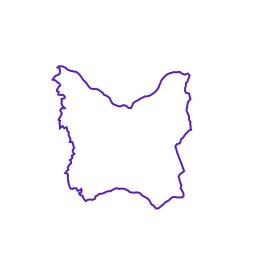 the district of Votuporanga, São Paulo, Brazil, rotated 63°
{"feature_id": "56859067B13648095605240", "entity_name": "Votuporanga", "entity_type": "district", "adm_level": 2, "iso_a3": "BRA", "parent_name": "Brazil", "parent_adm1": "São Paulo", "projection": "mercator", "projection_center": [-50.002, -20.446], "detail": "fine", "context": "isolated", "style": "outline", "palette": "violet", "viewbox_px": 256, "rotation_deg": 63, "n_neighbors": 0, "source": "geoboundaries", "source_scale": "gbopen_adm2", "svg_char_len": 3040}
<svg xmlns="http://www.w3.org/2000/svg" viewBox="0 0 256 256"><g transform="rotate(63 128 128)"><path d="M124.9,58.0L122.9,60.4L121.0,60.4L118.6,59.1L116.1,56.9L114.2,56.0L113.9,54.3L112.5,52.9L111.3,51.4L109.1,49.2L106.6,50.0L106.2,53.3L103.8,55.4L101.5,56.4L100.4,59.5L99.1,61.6L98.3,65.4L98.0,67.8L98.3,70.5L99.3,73.4L100.4,76.1L101.4,77.6L102.9,78.9L104.1,80.6L105.8,82.3L107.0,84.4L108.1,87.1L108.6,89.6L108.9,92.1L109.0,94.0L108.4,96.8L107.5,98.8L107.6,101.3L107.5,104.5L107.9,106.5L107.7,108.7L108.1,112.0L109.4,113.4L111.6,116.2L110.3,118.4L107.4,119.6L105.4,121.8L105.6,123.6L104.9,125.8L103.4,127.4L101.4,129.2L99.4,130.6L97.6,130.9L95.4,130.9L93.1,130.7L91.2,131.6L89.4,132.5L87.8,134.2L85.7,134.5L83.8,135.2L81.3,136.6L79.7,137.5L78.0,140.3L76.9,142.0L75.7,143.4L73.0,144.2L69.5,144.6L67.3,145.1L65.5,146.0L62.6,146.2L60.5,146.6L58.1,147.1L56.4,147.8L54.8,148.4L52.3,151.5L50.7,153.5L48.3,155.5L45.9,156.4L43.9,157.8L42.8,159.4L41.7,161.2L42.0,163.2L43.8,162.0L46.0,162.5L48.7,164.3L48.9,166.9L48.6,168.8L49.4,170.9L50.7,173.2L52.5,171.2L55.2,170.2L57.1,169.0L59.4,169.1L60.0,171.2L61.3,173.4L62.9,174.6L64.3,173.4L66.7,174.9L68.0,173.1L69.0,170.8L71.3,170.0L72.6,171.0L72.0,174.1L74.3,174.9L75.8,176.1L78.1,176.4L81.6,175.4L80.3,178.3L81.7,180.5L84.7,180.3L86.6,182.2L88.1,184.6L89.2,186.2L90.8,185.2L91.8,186.6L93.6,187.0L95.2,187.7L97.3,188.7L96.6,185.4L99.2,184.9L99.5,182.4L101.4,182.8L103.3,183.4L104.9,182.7L107.5,184.2L109.9,184.2L112.2,184.4L114.0,186.2L115.3,184.0L117.5,184.3L119.3,184.8L121.3,184.9L122.6,187.4L124.8,188.0L126.8,187.5L127.3,190.8L129.1,190.9L129.9,192.6L130.2,194.4L131.7,193.8L133.5,194.7L134.4,197.4L136.0,199.8L138.1,200.1L138.5,202.1L139.6,204.4L141.2,202.6L143.2,203.1L145.0,204.2L146.6,204.8L148.9,205.7L151.4,206.2L153.4,206.6L155.7,206.8L157.2,205.1L157.2,203.2L158.4,201.3L160.9,201.5L161.6,199.5L161.2,197.4L163.1,197.9L164.3,199.0L163.9,201.2L166.1,201.1L167.6,199.3L169.3,199.5L171.5,199.5L173.9,198.9L173.7,196.4L174.5,194.2L175.9,192.3L176.1,189.6L174.1,187.8L174.2,186.0L173.7,183.6L174.6,181.1L175.1,179.1L174.9,176.7L175.5,174.0L176.4,172.0L176.2,170.0L176.1,167.1L176.6,165.2L178.1,163.8L179.1,161.2L180.5,158.9L182.1,157.6L183.5,156.5L186.1,155.4L188.2,152.3L188.9,150.6L189.9,148.4L191.6,146.8L194.3,146.2L196.3,144.9L199.0,142.9L201.7,141.9L204.3,141.8L206.6,141.9L208.7,140.3L210.5,140.2L212.6,139.5L213.3,137.3L212.9,134.9L212.2,132.3L211.9,130.5L211.1,128.4L211.1,126.6L211.0,124.3L210.1,121.8L209.9,119.7L210.6,117.8L212.1,115.8L213.3,113.4L214.3,111.5L214.2,109.7L212.1,108.5L210.3,108.2L207.7,108.4L205.6,108.5L203.7,106.7L202.0,106.3L198.8,106.0L196.5,105.3L194.2,105.0L192.9,103.0L191.9,97.6L182.9,96.4L179.5,96.1L172.7,95.4L165.7,94.1L164.6,91.7L165.2,88.8L163.6,87.0L162.2,86.0L161.6,83.3L160.5,81.4L159.2,78.7L158.7,76.7L157.8,74.7L158.3,72.7L156.3,72.2L154.3,71.1L152.4,70.9L151.2,69.6L148.5,69.9L145.4,68.4L142.4,68.1L140.3,68.1L138.7,67.8L136.9,66.3L135.1,65.1L133.2,63.7L131.9,62.4L130.7,59.3L124.9,58.0Z" fill="none" stroke="#5b21b6" stroke-width="2"/></g></svg>